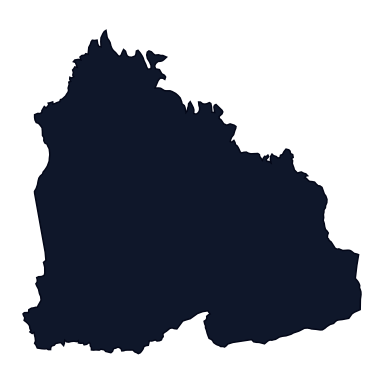 outline of Planalto da Serra, Mato Grosso, Brazil
{"feature_id": "56859067B32925351179449", "entity_name": "Planalto da Serra", "entity_type": "district", "adm_level": 2, "iso_a3": "BRA", "parent_name": "Brazil", "parent_adm1": "Mato Grosso", "projection": "robinson", "projection_center": [-54.674, -14.541], "detail": "fine", "context": "isolated", "style": "filled", "palette": "ink", "viewbox_px": 384, "rotation_deg": 0, "n_neighbors": 0, "source": "geoboundaries", "source_scale": "gbopen_adm2", "svg_char_len": 5860}
<svg xmlns="http://www.w3.org/2000/svg" viewBox="0 0 384 384"><path d="M253.7,341.8L256.5,342.3L259.1,342.4L264.5,343.8L267.9,340.9L269.8,340.0L271.9,340.2L273.6,339.7L275.6,339.3L279.4,337.0L282.5,336.2L286.0,335.8L291.1,334.2L293.4,332.9L298.8,331.1L301.4,329.8L304.4,328.2L307.5,328.0L309.9,328.4L311.5,328.9L316.1,329.3L320.3,329.9L322.4,329.8L324.8,328.3L326.9,326.5L330.0,324.5L333.6,323.4L335.4,321.5L336.9,320.4L338.7,319.9L342.4,319.5L348.8,318.3L352.0,313.8L354.4,312.2L360.2,309.6L360.4,299.3L361.0,294.7L360.9,291.9L360.3,289.8L359.5,287.8L359.7,285.4L358.9,283.3L357.8,281.4L355.3,278.4L356.8,265.7L358.6,254.7L357.1,254.1L354.1,253.4L351.4,251.2L349.8,250.4L348.2,250.2L342.7,250.5L338.9,248.9L337.0,249.2L335.1,248.2L331.9,243.1L330.9,241.7L329.3,240.6L328.5,239.0L327.4,237.8L327.5,235.2L328.3,233.0L327.0,231.0L325.5,229.5L324.7,226.8L324.2,223.4L323.2,220.3L323.7,217.7L323.4,214.5L323.9,212.3L324.0,209.8L325.4,207.8L325.6,205.5L326.8,202.7L327.0,199.4L325.8,196.0L324.3,194.0L322.0,187.4L319.9,185.9L318.2,185.8L316.2,184.0L314.6,182.1L312.1,181.6L309.5,181.4L308.0,180.2L306.2,178.2L304.7,177.9L305.9,176.0L307.6,175.7L305.8,173.8L303.8,173.3L301.4,172.0L299.8,172.3L297.5,173.1L294.4,169.9L293.8,167.7L292.3,163.6L292.6,160.7L291.4,158.7L293.2,157.4L292.7,154.6L290.6,153.6L290.0,151.0L288.8,149.8L286.0,149.1L284.0,151.6L282.5,154.5L280.5,155.2L279.9,157.7L277.7,158.0L276.4,156.6L273.5,155.6L272.0,154.1L270.7,156.3L270.4,159.7L271.1,163.0L269.0,161.5L267.0,161.4L266.1,159.5L267.5,158.1L268.7,156.6L267.9,155.1L266.2,156.6L264.7,156.3L263.5,157.8L262.3,160.3L260.8,157.9L259.7,156.4L259.4,154.6L257.8,153.5L250.9,153.8L248.6,153.3L246.3,152.1L243.8,152.3L241.4,153.0L240.1,151.8L239.4,150.1L238.2,147.6L237.1,145.9L235.5,144.7L235.0,142.5L233.9,140.4L231.7,142.2L230.2,141.6L230.8,139.1L231.7,137.1L233.6,134.7L234.8,130.6L235.7,128.4L236.0,126.5L234.2,125.2L230.1,123.9L226.8,125.2L223.7,123.8L221.1,119.9L219.2,118.4L219.2,116.4L222.0,113.9L222.8,111.9L222.0,110.3L216.0,104.5L214.5,105.3L213.9,107.0L214.7,112.5L211.9,112.3L211.5,106.9L210.8,103.5L209.4,102.6L206.8,103.8L204.8,104.1L202.6,103.8L200.5,102.1L198.6,102.0L199.0,105.6L199.6,107.5L199.6,109.6L199.1,111.4L198.0,112.9L196.2,114.2L193.7,113.5L193.9,110.0L193.3,107.7L191.7,104.5L190.2,101.7L188.6,103.7L188.4,106.2L187.8,107.9L187.2,110.9L186.0,112.6L185.0,107.5L184.3,105.6L182.0,103.8L181.7,102.0L180.2,98.0L178.0,95.5L175.7,93.5L172.2,91.6L170.0,90.8L165.8,90.8L164.2,90.5L160.7,88.3L158.8,88.0L155.0,88.0L158.0,80.9L159.0,79.4L160.3,78.1L162.9,78.2L164.8,79.4L165.6,77.0L164.5,75.3L161.8,73.8L159.4,69.6L155.6,68.9L154.6,66.0L155.7,63.5L157.9,61.5L160.9,61.2L162.6,60.6L164.0,59.5L166.6,57.1L162.9,55.5L160.8,55.5L158.6,54.8L155.0,55.1L153.4,53.9L151.4,51.8L148.9,50.9L147.3,52.1L146.7,55.0L147.4,58.4L149.7,62.2L151.1,65.6L151.0,68.7L148.1,69.3L146.8,67.4L145.8,64.5L144.0,60.7L143.2,58.1L142.2,56.1L140.3,53.1L138.0,50.3L136.4,51.0L135.9,54.4L135.0,56.1L131.6,57.3L129.0,57.0L127.3,56.0L126.4,54.2L125.5,51.2L123.6,49.5L122.1,52.6L121.3,54.8L119.9,56.3L118.3,55.9L115.6,52.6L113.3,50.5L111.9,48.5L110.9,46.0L110.1,42.6L108.9,40.3L107.8,38.8L107.1,37.2L106.0,30.4L104.3,31.5L102.9,33.7L101.0,37.8L100.8,41.6L101.1,46.8L98.9,46.5L97.7,44.0L97.1,40.1L94.5,40.5L92.3,40.2L91.2,41.7L90.4,44.3L88.8,47.3L88.1,54.2L85.7,53.7L84.6,55.2L81.9,55.5L80.0,57.0L80.9,60.0L78.3,59.4L74.8,60.0L73.4,61.7L75.4,62.4L77.3,67.4L74.8,66.9L73.7,68.8L72.6,70.0L73.4,72.4L72.8,75.1L73.8,76.8L71.5,78.0L69.9,77.3L69.7,79.2L70.7,81.4L68.8,82.1L69.2,84.3L68.1,88.1L68.6,90.2L68.0,92.3L66.6,94.2L65.7,95.9L62.1,99.2L60.5,99.6L59.7,101.7L56.7,102.7L55.1,103.5L53.1,104.2L52.7,101.9L50.0,102.8L48.2,103.1L48.8,104.9L46.1,108.0L44.3,106.5L41.9,110.6L41.8,112.5L39.9,113.6L37.8,113.4L34.6,114.7L34.6,117.4L35.0,120.0L36.2,122.5L38.6,123.4L40.1,125.1L42.1,127.8L42.4,131.2L42.5,135.5L43.9,137.6L43.8,140.7L44.9,143.0L47.1,144.2L47.7,145.9L49.2,148.8L49.6,152.1L49.8,154.8L49.4,158.0L49.2,161.1L47.4,166.0L46.4,167.7L44.7,170.2L43.3,171.8L42.4,174.2L40.4,175.9L38.9,178.1L38.1,181.2L37.5,184.7L36.2,188.5L34.5,191.3L34.6,193.2L45.2,252.3L45.9,260.4L43.5,262.3L44.7,267.1L44.8,273.1L44.1,275.5L41.3,276.6L38.7,276.7L36.7,277.6L37.3,280.0L37.1,282.2L35.9,283.8L36.9,286.1L38.5,289.1L39.5,293.6L40.7,296.4L41.1,300.3L38.1,305.6L37.4,307.2L35.7,307.3L33.4,307.9L31.4,308.2L28.8,309.7L28.6,312.5L24.3,312.7L23.0,313.9L23.6,315.6L24.8,317.7L24.1,320.4L26.1,321.9L28.0,323.6L29.5,325.7L30.0,328.9L31.1,330.3L29.9,331.9L32.2,333.5L33.9,332.4L35.2,337.8L35.5,341.1L34.6,343.3L36.0,345.1L37.3,348.0L41.9,348.7L44.6,348.9L46.8,348.7L48.3,349.6L50.6,349.6L50.7,347.6L51.7,346.0L54.3,345.2L55.6,343.5L59.5,342.7L61.1,342.7L62.5,344.4L63.6,345.6L64.4,343.2L64.8,340.1L66.8,341.9L68.8,342.1L71.1,341.5L73.9,341.2L76.6,341.6L78.3,340.7L78.4,342.9L80.6,343.3L83.2,343.1L84.1,344.8L86.7,344.3L89.1,342.5L90.2,343.7L90.3,345.9L91.4,347.5L91.4,349.9L93.3,350.1L95.9,349.9L99.3,350.1L100.9,349.2L104.4,349.9L105.6,351.4L110.9,352.7L112.5,351.4L113.5,348.7L115.8,348.1L117.7,347.2L119.3,347.5L121.1,348.8L121.8,350.9L123.8,350.7L125.6,350.1L132.8,350.0L134.8,351.9L136.8,352.7L138.3,353.6L140.3,352.7L141.4,351.4L142.9,349.3L144.0,346.5L146.2,345.6L148.3,345.3L149.3,340.9L151.8,341.0L153.3,340.6L155.3,339.9L157.0,341.0L159.6,340.7L161.4,339.9L162.1,338.0L163.2,336.7L162.9,333.7L164.7,332.3L166.4,331.2L169.8,328.4L172.1,327.9L174.2,328.6L176.9,328.9L182.7,321.1L184.8,320.3L188.3,319.2L190.2,318.7L197.5,313.5L202.7,311.6L207.8,310.8L210.1,314.0L208.3,314.9L206.7,316.3L206.8,318.4L205.8,320.2L204.1,321.2L204.7,323.9L205.5,325.7L205.5,327.8L206.4,330.1L207.2,333.3L208.2,336.1L209.1,338.4L211.1,339.3L212.5,340.4L213.7,342.6L215.8,344.1L217.3,344.9L219.0,345.4L220.7,346.5L223.0,346.5L224.6,347.0L226.3,345.7L227.8,344.0L232.9,342.4L251.6,339.6L253.7,341.8Z" fill="#0f172a" stroke="#020617" stroke-width="1.5"/></svg>